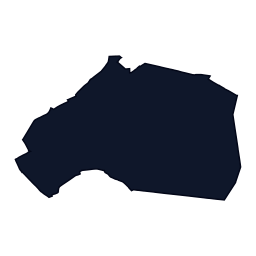 Brunssum, Limburg, Netherlands (Mercator projection)
{"feature_id": "6326949B33159250264853", "entity_name": "Brunssum", "entity_type": "district", "adm_level": 2, "iso_a3": "NLD", "parent_name": "Netherlands", "parent_adm1": "Limburg", "projection": "mercator", "projection_center": [5.961, 50.944], "detail": "fine", "context": "isolated", "style": "filled", "palette": "ink", "viewbox_px": 256, "rotation_deg": 0, "n_neighbors": 0, "source": "geoboundaries", "source_scale": "gbopen_adm2", "svg_char_len": 5303}
<svg xmlns="http://www.w3.org/2000/svg" viewBox="0 0 256 256"><path d="M240.6,167.0L239.6,159.9L238.0,149.6L237.9,148.4L236.3,137.7L234.5,125.9L232.8,114.5L237.3,95.5L236.3,95.4L235.5,94.9L232.1,92.9L228.1,90.6L227.2,90.2L225.6,89.4L224.6,88.9L223.9,88.2L223.1,87.8L221.6,86.9L221.2,86.7L218.8,85.2L218.5,85.2L218.5,85.3L213.4,82.4L208.2,79.1L210.1,76.0L209.8,75.9L207.8,75.6L203.6,75.0L201.0,74.6L199.3,74.6L196.9,74.6L195.3,74.7L195.1,74.8L194.7,75.0L193.1,74.8L193.0,75.0L192.0,74.6L185.5,73.0L182.4,72.3L179.8,71.6L178.3,71.1L174.2,70.2L172.8,69.8L172.3,69.7L171.4,69.5L170.9,69.4L170.3,69.3L170.0,69.2L169.4,69.1L169.0,69.0L167.8,68.7L167.1,68.6L166.3,68.4L165.8,68.3L161.1,67.2L159.7,66.8L154.4,65.6L145.0,63.5L139.8,66.7L139.4,66.2L138.3,67.2L137.4,67.9L136.8,68.8L135.2,69.7L134.7,70.2L133.3,71.3L133.1,71.4L132.8,71.6L132.4,71.9L132.2,72.0L131.6,72.5L131.3,72.6L130.7,72.7L129.9,72.8L129.7,72.8L129.6,68.7L125.4,69.1L121.2,65.4L119.2,63.7L117.5,62.2L117.3,62.1L118.0,61.3L118.3,61.0L118.8,60.0L120.0,58.5L120.1,58.4L121.3,57.6L121.1,57.5L119.6,56.2L119.3,56.1L119.1,56.1L117.4,56.2L116.0,56.2L109.2,56.5L109.1,57.2L108.8,59.3L108.4,61.6L108.3,61.9L108.2,62.0L108.0,62.5L107.6,63.1L107.4,63.4L107.0,63.9L106.7,64.4L106.2,65.0L106.0,65.3L105.6,66.0L105.3,66.4L101.8,70.7L101.4,71.2L101.2,71.5L100.7,71.8L94.3,76.7L93.1,77.6L93.1,77.8L92.5,78.3L92.3,78.3L92.1,78.5L91.7,78.7L91.2,79.0L90.5,79.4L89.8,80.3L89.3,81.3L89.1,81.4L88.6,82.2L88.5,82.4L88.3,82.6L88.1,82.9L87.8,83.2L87.4,83.5L86.6,84.1L85.4,85.0L84.9,85.4L84.1,86.1L83.7,86.4L83.6,86.6L82.7,87.4L82.6,87.5L82.0,88.2L81.8,88.3L81.3,88.8L80.7,89.4L80.0,90.1L79.4,90.7L78.8,91.3L78.6,91.4L78.0,92.1L77.5,92.6L76.9,93.4L76.4,94.0L76.1,94.3L75.7,94.9L76.1,96.2L75.7,96.4L75.4,96.5L74.9,96.7L74.6,96.8L74.0,97.1L70.7,98.5L68.5,99.5L68.3,99.6L68.0,99.7L67.6,99.8L68.1,100.6L68.2,100.8L68.4,101.1L68.4,101.4L68.4,101.5L66.7,102.4L65.8,102.8L65.1,103.1L64.5,103.3L64.2,103.5L63.7,103.7L63.2,104.0L62.8,104.2L61.9,104.6L61.1,105.0L60.5,105.3L60.3,105.4L59.7,105.7L58.3,106.5L57.7,106.8L57.0,107.3L56.9,107.3L56.6,107.5L53.8,109.4L52.5,108.7L50.9,108.0L50.4,109.3L50.1,110.0L49.5,111.2L48.8,112.3L48.1,113.1L47.5,113.6L46.5,114.4L43.7,115.6L39.7,117.7L38.8,118.0L35.7,119.6L35.4,119.8L34.8,120.2L34.3,120.7L33.5,121.9L30.8,126.4L26.6,133.4L24.3,137.2L23.2,139.0L22.8,139.6L22.7,139.7L23.9,141.5L24.0,141.6L25.1,143.3L25.5,144.0L27.8,148.4L28.6,149.9L28.9,150.7L28.8,150.8L30.3,151.3L29.0,152.0L27.2,153.1L26.0,153.8L24.5,154.5L22.6,155.4L22.1,155.7L19.4,157.1L18.4,157.7L17.2,158.6L15.9,159.1L15.7,159.2L15.4,159.4L15.8,160.4L15.9,160.8L16.0,160.8L16.3,161.5L16.4,161.8L16.5,162.0L16.6,162.3L17.0,163.1L18.6,166.6L19.5,168.7L19.5,168.8L19.8,169.2L20.1,169.6L20.1,169.8L20.4,170.0L20.5,170.2L20.7,170.3L21.0,170.8L21.0,170.7L21.3,171.0L21.8,171.5L22.2,171.9L22.3,172.0L22.6,172.4L22.9,172.7L23.2,173.0L23.5,173.3L23.8,173.6L24.1,173.9L24.7,174.5L24.8,174.6L25.0,174.8L25.2,175.0L25.4,175.2L25.6,175.4L25.7,175.6L26.1,176.0L26.5,176.4L26.8,176.7L26.9,176.8L27.2,177.1L27.5,177.4L27.5,177.5L27.9,177.9L28.0,177.9L28.1,178.0L28.3,178.3L29.2,179.3L29.3,179.4L29.6,179.7L30.0,180.1L30.3,180.4L30.4,180.5L30.6,180.7L30.8,180.9L30.9,181.0L31.1,181.2L31.2,181.3L31.3,181.4L31.4,181.5L31.6,181.7L31.7,181.8L31.8,182.0L32.5,182.7L33.3,183.5L33.9,184.1L34.4,184.6L34.5,184.7L34.7,184.9L35.4,185.5L36.1,186.2L38.7,189.0L38.8,189.2L39.6,190.2L41.1,191.7L41.7,192.0L42.3,192.5L42.8,192.9L43.1,193.1L43.4,193.4L44.5,194.2L45.9,195.1L47.3,196.0L47.6,196.2L48.0,196.5L48.4,196.8L48.7,197.1L49.0,197.3L52.1,196.1L51.7,195.2L52.6,194.6L53.4,194.3L54.1,194.0L54.6,193.8L54.8,193.7L54.9,193.9L57.5,192.8L58.1,192.2L58.0,191.2L58.3,191.1L58.3,190.4L58.4,189.8L58.5,189.2L58.6,188.6L58.7,188.1L58.8,187.8L59.0,187.5L59.1,187.3L59.2,187.1L59.4,186.7L59.5,186.7L60.2,186.1L61.6,185.1L62.6,184.4L69.3,179.9L72.3,177.8L75.1,175.8L76.4,175.2L77.8,174.9L80.1,173.9L79.6,172.2L79.7,171.6L80.9,170.9L81.7,170.6L81.7,170.4L83.4,170.2L86.5,169.9L89.9,169.5L92.9,169.1L94.3,169.0L96.0,168.9L96.9,168.9L97.3,169.0L97.7,169.0L102.2,170.1L103.2,170.4L103.7,170.5L104.1,170.5L104.4,170.5L104.6,171.6L104.8,172.0L105.0,172.2L105.1,172.3L105.3,172.6L105.7,172.8L107.7,173.9L108.1,174.2L108.5,174.6L108.9,175.1L109.2,175.5L109.7,176.1L110.1,176.5L110.6,176.9L110.9,177.1L111.1,177.2L111.4,177.3L111.6,177.4L112.0,177.5L112.4,177.7L113.7,178.3L115.1,179.0L115.8,179.2L116.6,179.4L117.0,179.5L117.3,179.5L118.4,180.1L118.5,180.2L118.7,180.3L119.1,180.4L119.6,180.6L119.9,180.7L120.3,180.8L120.9,181.1L122.1,181.5L122.4,181.6L122.6,181.7L122.7,181.8L123.0,182.0L123.4,182.3L124.0,182.8L124.8,183.4L124.8,183.5L125.9,184.5L126.2,184.8L126.5,185.1L127.6,186.2L128.7,187.2L128.7,187.5L129.6,188.6L130.3,189.3L130.9,190.0L131.3,190.3L131.5,190.6L132.4,190.2L133.0,189.9L133.4,189.7L134.3,189.8L136.6,190.1L137.5,190.2L139.0,190.3L143.7,190.9L145.0,191.0L147.7,191.3L153.3,191.9L155.4,192.2L164.7,193.3L166.5,193.5L174.1,194.3L178.7,194.8L187.7,195.8L197.1,196.9L200.8,197.3L202.4,197.5L204.2,197.7L206.3,198.0L208.4,198.2L210.7,198.4L213.7,198.8L216.4,199.1L220.4,199.5L221.5,199.6L224.3,199.9L224.9,198.9L225.5,198.0L226.2,196.9L227.6,194.7L235.5,182.5L235.7,181.6L236.7,178.6L237.6,175.9L238.9,172.0L239.8,169.4L240.4,167.6L240.6,167.0Z" fill="#0f172a" stroke="#020617" stroke-width="1.5"/></svg>